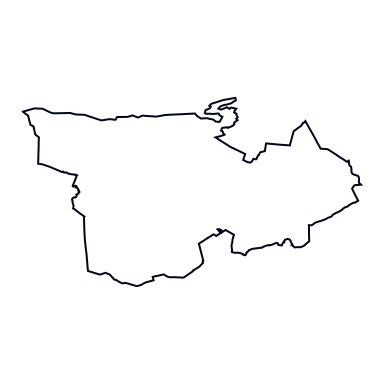 Smiltenes pag., Smiltenes, Latvia (Robinson projection)
{"feature_id": "27541924B96099783973372", "entity_name": "Smiltenes pag.", "entity_type": "district", "adm_level": 2, "iso_a3": "LVA", "parent_name": "Latvia", "parent_adm1": "Smiltenes", "projection": "robinson", "projection_center": [25.881, 57.456], "detail": "fine", "context": "isolated", "style": "outline", "palette": "ink", "viewbox_px": 384, "rotation_deg": 0, "n_neighbors": 0, "source": "geoboundaries", "source_scale": "gbopen_adm2", "svg_char_len": 5839}
<svg xmlns="http://www.w3.org/2000/svg" viewBox="0 0 384 384"><path d="M305.4,121.1L304.4,122.4L302.8,123.0L302.6,123.4L302.4,124.1L302.0,124.5L301.4,125.3L301.4,125.6L293.8,131.1L292.8,134.3L290.3,143.6L289.9,145.4L280.0,144.7L266.1,143.4L266.0,143.6L264.9,151.1L260.3,152.3L260.1,152.4L258.7,155.3L258.0,155.5L256.3,159.2L255.9,159.3L253.5,158.8L251.5,161.9L250.2,162.6L247.4,162.1L243.2,159.9L245.2,154.0L229.6,146.5L229.6,146.4L215.5,137.4L221.9,135.7L225.4,134.4L224.7,134.4L223.6,133.8L223.2,133.2L222.7,131.6L222.3,131.1L221.1,130.7L221.6,128.9L221.9,128.3L222.3,127.9L222.7,127.8L226.1,127.4L227.7,127.3L227.9,127.8L230.9,126.7L231.5,126.2L232.4,126.0L234.3,124.5L233.9,123.2L235.2,121.9L235.2,121.7L235.8,121.5L236.8,120.6L237.6,120.1L236.3,118.8L237.7,117.1L236.3,114.7L236.5,113.7L234.1,112.5L234.5,111.1L235.7,109.3L236.2,108.7L230.9,107.6L229.5,108.9L226.8,107.2L225.1,108.1L221.0,109.6L218.4,108.6L219.8,107.0L220.6,106.3L224.5,104.8L226.5,104.7L231.5,103.2L233.1,101.9L235.9,100.3L235.4,97.9L223.4,100.0L211.3,103.8L209.3,105.8L210.7,106.7L210.0,108.2L207.2,109.5L205.7,110.0L205.3,111.0L204.9,113.1L205.3,113.1L205.4,113.4L205.9,113.7L206.8,113.9L207.9,113.7L208.4,113.7L213.5,114.0L217.8,113.5L218.2,113.5L218.7,113.7L219.6,115.2L220.7,115.9L221.5,116.2L221.9,116.6L222.4,116.9L219.6,121.9L215.8,121.6L213.3,119.6L210.1,118.9L208.9,118.8L207.6,118.2L200.8,118.5L198.1,116.7L196.9,115.7L195.5,114.2L195.0,113.5L183.9,114.1L168.2,114.8L164.7,115.1L156.4,116.6L145.4,115.9L142.9,115.6L141.0,116.2L138.5,117.4L138.0,117.4L137.6,117.4L132.6,115.4L128.0,116.8L127.2,116.9L117.3,117.0L117.0,117.1L115.7,119.6L115.0,119.8L109.7,119.1L101.4,120.4L90.4,116.8L84.5,114.8L75.9,114.5L70.2,113.0L59.3,113.2L53.9,113.3L52.7,113.2L51.0,112.7L49.2,111.9L42.5,108.7L34.4,108.4L23.0,111.6L23.4,112.2L24.2,112.8L24.7,113.1L25.1,113.5L26.6,114.6L27.8,115.3L28.2,116.0L29.7,122.1L30.1,123.2L30.3,124.4L30.7,125.0L31.3,125.4L32.6,125.8L33.2,126.1L33.4,126.5L33.7,127.4L33.9,127.7L33.8,128.0L34.1,128.7L34.0,129.0L35.2,133.9L35.1,134.2L35.3,134.5L35.8,135.0L38.9,137.3L38.7,141.2L38.6,149.7L38.4,153.6L38.3,159.9L38.1,163.7L42.3,164.3L49.7,166.8L59.9,171.1L61.5,171.9L61.9,172.0L62.9,171.7L63.4,171.7L63.8,172.0L63.8,172.3L63.9,172.5L64.2,172.6L65.4,172.6L66.3,172.3L67.2,173.0L67.9,173.4L69.4,173.9L69.7,173.9L70.1,174.1L70.6,174.1L70.9,174.2L71.2,174.2L72.1,174.3L72.5,174.3L73.0,174.5L74.9,174.6L75.0,174.8L75.6,174.6L76.1,174.8L76.3,175.2L76.7,175.1L77.1,175.4L77.0,175.5L76.8,175.5L76.6,175.6L76.6,175.8L74.7,181.1L72.7,185.7L72.7,186.0L72.8,186.3L73.7,186.6L75.1,185.8L75.6,185.8L76.0,185.9L76.3,186.1L76.5,186.4L76.4,186.8L76.1,186.9L76.0,186.6L75.7,186.6L75.8,187.3L76.3,187.1L76.6,187.2L76.6,187.5L77.4,188.1L77.8,188.5L77.9,188.9L78.2,189.2L78.3,190.0L78.6,190.0L78.8,190.4L78.9,190.6L78.6,191.1L78.6,191.4L78.8,191.6L79.1,191.7L79.4,192.0L78.5,192.8L78.3,193.0L78.4,193.6L77.1,194.1L76.3,194.7L76.7,195.4L76.6,196.2L76.2,196.8L75.8,197.2L75.3,197.4L73.8,197.4L73.6,197.6L73.5,197.8L73.0,197.9L72.3,198.7L72.0,199.8L72.6,201.1L72.6,202.8L73.1,204.4L73.6,205.6L73.3,207.6L73.0,208.4L74.9,209.4L78.9,212.7L84.1,216.3L83.9,216.4L84.0,216.8L84.3,229.5L84.8,238.8L85.5,245.8L86.6,255.0L87.7,268.6L88.1,271.0L95.6,273.3L99.1,274.4L100.0,274.5L102.2,273.9L105.4,272.8L109.9,274.6L114.2,279.5L116.6,280.2L119.2,281.9L122.2,283.3L122.8,283.3L125.8,282.9L136.6,286.1L140.2,285.3L141.2,284.9L144.0,283.2L145.9,282.4L149.4,281.4L153.6,280.3L152.7,276.9L155.2,276.2L155.4,276.3L158.5,275.6L163.8,274.4L165.4,275.5L166.8,276.3L168.5,277.1L171.6,277.3L172.1,277.2L175.0,277.2L182.0,277.6L182.8,277.6L184.1,277.3L192.6,271.4L193.5,270.5L193.4,270.2L194.2,269.9L199.3,266.7L201.5,264.4L203.0,262.9L202.6,261.7L202.7,261.3L203.3,260.8L198.9,243.7L207.6,238.1L207.4,238.0L207.5,237.9L207.8,238.0L213.4,234.4L214.5,234.8L216.2,235.9L217.4,235.1L220.3,233.3L220.8,233.1L217.5,229.3L218.2,229.1L218.5,229.2L219.6,229.3L220.9,230.0L221.1,230.2L221.2,230.4L221.1,231.0L221.8,230.9L221.8,231.0L221.3,231.6L221.4,232.0L221.9,232.3L225.6,230.0L233.9,234.8L232.5,239.8L232.3,242.1L231.5,245.7L232.1,250.3L231.9,252.0L234.6,252.8L238.1,252.7L240.5,253.2L242.6,254.0L243.0,254.5L243.4,254.4L243.8,255.0L244.8,255.3L246.1,254.5L246.3,254.0L246.2,253.0L247.2,252.0L248.3,251.2L249.0,250.1L252.7,248.8L261.2,247.7L261.3,247.8L262.0,247.6L262.9,247.2L263.0,247.1L263.1,246.9L263.3,246.7L264.8,246.3L265.1,246.1L265.8,245.8L267.0,245.4L268.0,245.3L268.4,245.1L268.9,245.2L269.1,245.4L269.3,245.4L269.5,245.2L271.9,244.8L276.0,243.0L277.5,243.2L278.0,243.4L278.4,245.0L281.9,245.4L282.9,242.7L284.3,242.4L284.0,241.3L285.0,239.8L285.8,239.6L287.4,238.9L288.8,239.2L289.7,239.7L290.0,239.9L290.3,240.4L291.3,242.9L292.4,244.3L291.7,245.1L292.5,245.6L294.8,247.4L297.5,247.1L299.9,247.3L303.7,246.0L307.0,243.0L309.2,241.3L309.1,236.3L309.0,234.0L309.0,227.9L308.9,225.1L311.3,225.3L311.7,225.3L313.6,224.0L314.7,223.0L315.3,222.7L316.7,222.2L318.7,221.5L321.1,220.9L321.9,220.5L323.2,220.1L325.9,219.0L328.0,217.8L330.9,216.8L331.2,216.6L331.7,216.2L332.1,215.8L332.6,215.0L333.1,214.5L334.5,213.8L336.1,212.9L338.7,211.9L339.1,211.5L340.3,210.9L341.5,210.2L343.7,208.2L345.2,207.3L345.8,207.0L347.4,206.6L348.0,206.2L349.2,205.0L350.3,204.5L352.8,203.0L353.4,202.8L354.6,202.7L355.1,202.6L356.8,201.5L358.2,200.7L356.3,197.1L355.5,195.7L354.6,193.8L352.1,188.6L353.4,186.6L354.7,185.2L361.0,184.7L359.0,182.8L358.9,182.2L358.9,181.5L359.0,180.2L359.0,178.5L358.8,177.3L358.5,176.6L358.1,176.1L357.3,175.7L353.0,174.2L352.3,173.6L351.8,172.9L351.5,172.0L351.4,171.2L351.5,170.2L351.3,168.5L351.2,167.2L350.9,166.6L349.6,165.6L349.2,164.4L348.8,160.5L348.7,160.5L347.1,161.9L343.7,159.6L338.6,156.4L336.7,155.0L328.0,149.4L327.0,149.1L320.6,148.7L319.6,146.8L317.9,143.7L316.7,141.7L316.1,140.2L315.1,138.4L305.4,121.1Z" fill="none" stroke="#020617" stroke-width="2"/></svg>